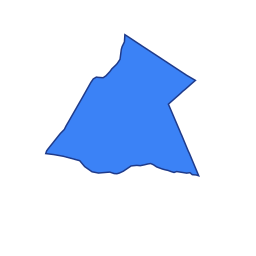 Jatobá, Pernambuco, Brazil (Mercator projection), rotated 56°
{"feature_id": "56859067B30515862581919", "entity_name": "Jatobá", "entity_type": "district", "adm_level": 2, "iso_a3": "BRA", "parent_name": "Brazil", "parent_adm1": "Pernambuco", "projection": "mercator", "projection_center": [-38.199, -9.217], "detail": "fine", "context": "isolated", "style": "filled", "palette": "blue", "viewbox_px": 256, "rotation_deg": 56, "n_neighbors": 0, "source": "geoboundaries", "source_scale": "gbopen_adm2", "svg_char_len": 1066}
<svg xmlns="http://www.w3.org/2000/svg" viewBox="0 0 256 256"><g transform="rotate(56 128 128)"><path d="M207.1,96.1L198.2,94.3L183.2,91.3L181.0,91.0L169.1,88.6L164.2,87.6L161.7,87.2L159.4,86.7L130.8,81.2L128.7,65.2L128.2,62.3L127.9,58.9L126.8,50.5L126.2,45.5L117.1,49.9L90.5,61.0L68.1,70.4L53.3,76.5L48.9,78.4L54.6,82.8L57.2,87.3L59.1,89.6L66.6,96.2L68.5,100.8L69.0,102.9L69.4,105.2L69.9,108.2L71.1,111.5L72.4,117.1L72.4,120.5L69.5,124.2L68.1,125.8L67.9,129.3L69.4,133.2L77.8,149.9L79.5,153.4L87.2,169.1L88.5,171.7L91.7,178.3L93.6,181.6L94.7,187.1L95.8,190.6L100.6,205.9L101.5,208.3L103.2,210.5L108.5,204.4L115.1,197.6L128.1,186.3L135.8,185.5L144.2,182.3L146.3,180.2L148.8,177.7L154.4,167.7L158.0,165.0L159.7,162.8L160.5,160.4L161.2,156.0L161.2,151.9L161.2,146.6L162.7,143.8L163.9,141.6L166.1,138.9L167.8,134.7L168.9,131.7L170.1,129.1L172.6,127.5L176.3,126.0L179.1,124.0L181.2,122.5L183.5,120.5L185.6,118.5L188.4,116.5L190.6,114.7L191.3,112.0L198.2,104.6L199.7,101.6L202.6,100.8L205.1,97.7L207.1,96.1Z" fill="#3b82f6" stroke="#1e3a8a" stroke-width="1.5"/></g></svg>